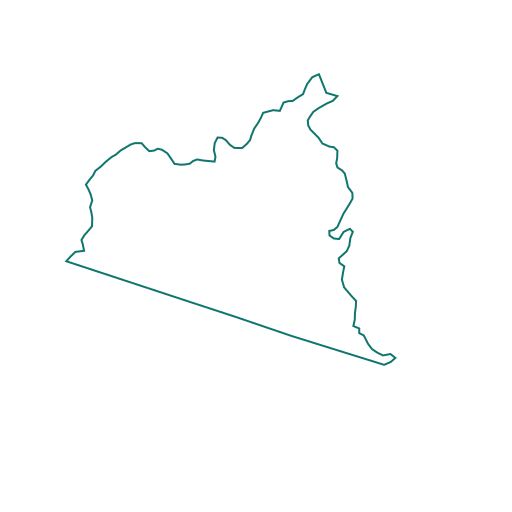 Graça Aranha, Maranhão, Brazil, rotated 145°
{"feature_id": "56859067B94805674111832", "entity_name": "Graça Aranha", "entity_type": "district", "adm_level": 2, "iso_a3": "BRA", "parent_name": "Brazil", "parent_adm1": "Maranhão", "projection": "mercator", "projection_center": [-44.344, -5.391], "detail": "fine", "context": "isolated", "style": "outline", "palette": "teal", "viewbox_px": 512, "rotation_deg": 145, "n_neighbors": 0, "source": "geoboundaries", "source_scale": "gbopen_adm2", "svg_char_len": 1792}
<svg xmlns="http://www.w3.org/2000/svg" viewBox="0 0 512 512"><g transform="rotate(145 256 256)"><path d="M200.3,92.6L202.1,98.6L209.0,101.7L211.9,106.9L214.4,113.2L214.6,119.6L213.3,129.2L215.7,133.6L213.0,137.4L216.4,142.8L211.6,147.2L207.5,152.7L203.4,157.1L199.8,161.8L200.8,169.0L201.8,179.7L199.2,187.4L194.1,192.6L189.6,196.9L191.6,202.4L189.6,206.6L178.9,207.9L173.7,210.9L168.4,216.6L162.8,220.3L163.5,224.4L170.4,225.5L178.2,222.2L182.3,225.8L184.0,230.7L181.6,234.5L177.4,232.7L172.7,233.1L166.2,236.9L160.1,240.5L149.0,245.2L143.9,247.7L140.9,252.4L141.1,259.8L138.9,265.0L136.0,272.6L136.4,276.7L138.5,281.8L137.2,285.9L133.4,289.6L128.9,295.6L129.8,300.4L133.1,303.5L137.1,310.1L136.9,316.8L138.0,323.0L138.9,328.4L138.3,333.1L135.8,337.4L131.8,339.2L126.4,341.2L119.6,341.2L110.4,340.3L104.1,339.0L97.6,340.3L104.8,349.3L100.2,368.8L107.3,370.2L115.3,367.6L120.4,364.5L124.6,361.6L130.5,362.0L137.1,362.0L140.7,364.3L145.4,365.9L153.2,361.2L158.3,365.6L168.0,369.2L172.9,366.3L177.7,363.9L184.4,361.4L190.7,357.3L194.3,354.4L199.2,353.1L205.4,352.4L211.7,356.9L213.6,362.0L214.2,368.1L215.9,372.2L219.5,375.1L225.0,372.2L229.8,366.9L232.3,360.5L235.8,357.1L244.5,364.5L248.8,368.8L253.0,369.9L257.2,369.6L261.7,371.7L265.2,373.9L269.9,378.2L269.7,384.7L269.7,391.0L272.2,397.1L274.9,400.2L279.0,400.8L283.3,403.1L284.4,408.5L285.0,414.0L290.4,417.9L294.7,419.2L306.4,420.1L312.8,419.4L317.2,419.9L324.6,419.4L331.5,418.3L338.7,417.9L343.4,415.4L348.5,414.0L354.4,412.0L355.0,406.7L356.1,401.3L358.3,395.4L363.9,391.2L366.1,385.6L368.2,381.2L373.3,374.4L379.1,372.8L384.7,371.5L389.8,369.2L391.1,365.2L393.8,358.9L401.7,363.0L408.4,361.9L414.4,360.5L334.4,253.5L307.7,217.9L272.6,169.9L213.5,93.4L206.5,91.9L200.3,92.6Z" fill="none" stroke="#0f766e" stroke-width="2"/></g></svg>